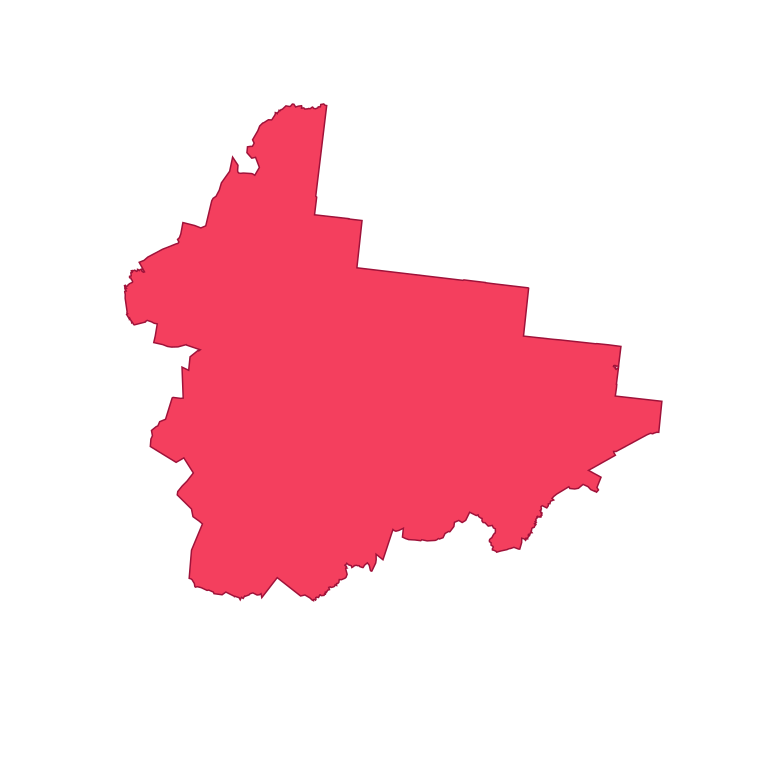 the district of Alsungas pag., Alsungas, Latvia, rotated 107°
{"feature_id": "27541924B56000157761411", "entity_name": "Alsungas pag.", "entity_type": "district", "adm_level": 2, "iso_a3": "LVA", "parent_name": "Latvia", "parent_adm1": "Alsungas", "projection": "mercator", "projection_center": [21.563, 56.984], "detail": "fine", "context": "isolated", "style": "filled", "palette": "rose", "viewbox_px": 768, "rotation_deg": 107, "n_neighbors": 0, "source": "geoboundaries", "source_scale": "gbopen_adm2", "svg_char_len": 6159}
<svg xmlns="http://www.w3.org/2000/svg" viewBox="0 0 768 768"><g transform="rotate(107 384 384)"><path d="M380.7,142.3L355.9,117.9L353.3,114.9L353.0,112.4L352.0,111.4L350.4,109.0L349.9,107.1L319.3,113.2L327.9,159.3L319.5,160.6L316.3,161.3L316.3,161.7L299.5,164.6L302.2,166.3L301.6,167.4L300.6,167.4L300.2,169.7L299.3,169.7L298.8,168.8L298.7,168.0L299.2,167.2L298.7,166.6L298.6,165.5L298.0,165.0L278.8,168.4L280.9,180.8L283.2,192.5L283.6,193.1L290.3,228.2L291.9,235.7L297.4,264.6L250.1,273.7L249.9,274.3L256.2,309.0L257.5,316.7L257.3,316.8L259.6,329.6L261.1,338.1L261.8,338.8L280.8,443.9L234.1,452.8L236.5,466.0L236.2,466.0L242.5,499.9L225.0,503.0L224.8,503.2L224.7,503.8L224.3,504.2L134.5,520.2L134.7,521.9L133.8,523.5L135.2,526.2L137.5,525.9L138.2,527.9L139.2,528.0L140.8,529.9L141.0,531.8L140.1,533.1L140.1,533.5L142.3,535.1L142.6,536.8L143.1,537.3L144.2,540.1L143.4,541.4L144.3,543.5L142.6,543.8L142.0,544.2L143.3,547.1L144.9,549.5L142.8,552.0L143.1,553.5L145.9,554.7L146.3,555.8L146.7,559.1L151.1,561.6L151.7,562.7L152.9,563.1L152.9,564.4L154.4,564.3L155.5,565.1L156.7,565.2L156.1,566.5L156.2,567.3L157.3,566.9L158.7,567.0L164.0,568.5L164.4,568.9L165.1,571.8L169.3,575.4L169.9,576.3L173.6,578.3L178.7,578.7L188.9,581.1L191.6,578.6L195.2,579.3L195.8,581.2L197.1,583.9L202.9,582.7L206.7,576.5L204.8,573.1L213.3,566.5L222.2,568.6L221.5,570.9L221.5,572.3L223.4,580.2L224.5,582.8L224.7,584.7L223.9,585.8L222.7,586.4L217.5,587.6L211.3,595.1L225.7,593.8L239.2,598.3L246.8,598.2L253.6,599.5L256.4,601.7L259.1,602.3L284.9,600.7L288.3,604.8L287.8,611.4L288.4,623.5L299.8,622.2L303.8,622.4L306.1,623.7L308.2,621.7L309.9,622.2L310.7,623.7L319.9,635.2L331.7,647.0L335.9,649.6L339.2,653.7L346.8,645.8L347.5,646.7L346.9,648.5L346.4,648.9L345.4,648.5L345.0,649.4L345.9,650.7L347.1,651.2L346.4,652.7L346.4,653.2L347.6,652.9L348.5,653.3L348.7,653.8L348.3,654.3L348.3,655.1L348.0,655.6L349.0,656.9L349.0,657.7L349.6,658.8L349.9,658.7L350.0,657.6L350.4,657.4L350.9,657.5L351.7,658.6L354.2,657.4L354.6,657.4L355.4,658.8L356.3,658.6L356.8,658.1L356.8,656.8L357.9,656.2L358.5,655.1L359.7,654.3L360.3,654.3L362.4,656.6L364.2,657.8L365.3,657.9L366.0,659.2L365.2,660.1L365.8,660.9L367.4,660.0L367.2,659.1L367.8,658.2L368.5,659.0L368.1,659.5L368.3,659.8L369.6,658.9L369.8,658.2L370.4,657.7L370.9,658.7L371.4,659.0L374.1,657.6L377.7,656.6L389.8,650.9L391.3,650.6L391.8,649.7L392.7,650.5L395.5,647.4L395.2,647.0L395.9,646.9L395.7,646.2L396.8,646.1L396.6,645.5L397.6,644.0L398.0,644.0L398.3,643.3L398.5,643.5L399.2,643.2L398.6,642.7L400.4,640.6L400.4,640.0L394.5,630.3L394.1,630.4L392.4,629.1L392.5,624.6L393.1,621.6L392.8,618.4L404.9,616.8L411.7,616.3L411.0,607.1L411.4,602.0L410.8,598.0L408.7,591.8L404.2,584.7L404.5,584.5L405.0,569.7L406.5,570.9L406.5,571.8L414.7,577.4L428.0,574.8L426.9,582.1L456.2,571.9L457.2,574.2L458.5,581.8L459.3,582.5L481.6,582.6L485.6,587.5L490.2,588.0L491.4,589.4L496.4,592.8L501.2,590.3L504.8,590.8L512.1,589.2L519.7,559.9L513.2,553.8L524.8,540.3L534.5,544.0L540.6,547.2L547.1,549.8L550.5,549.3L559.8,531.6L566.7,527.9L569.2,520.5L570.9,516.7L599.2,519.5L626.8,513.5L626.8,511.7L627.2,510.4L630.3,507.0L632.8,505.8L633.4,505.0L632.4,503.2L632.2,499.2L633.1,492.9L632.3,491.3L632.9,486.3L634.2,485.3L632.9,477.2L629.2,474.4L630.8,464.9L631.0,464.8L630.6,464.4L630.7,460.1L632.4,458.4L629.7,458.0L630.2,456.0L627.6,455.3L627.6,454.7L625.1,451.4L623.7,450.7L622.1,448.3L622.9,443.7L622.0,441.6L620.5,440.3L624.0,438.4L600.4,429.5L611.1,401.8L608.9,397.9L610.2,392.4L611.6,389.6L611.8,388.2L611.1,388.5L610.4,387.8L610.7,386.3L609.8,386.1L608.2,386.8L607.5,386.0L607.3,384.2L604.4,383.7L604.2,383.2L604.7,382.5L604.7,381.9L603.7,379.6L602.6,379.3L602.2,378.6L601.8,378.6L601.6,379.2L601.2,378.8L600.3,379.3L599.7,378.5L599.9,378.1L597.7,377.6L596.6,376.0L594.7,377.4L593.7,376.0L594.1,375.2L592.9,373.2L592.0,372.2L590.3,372.0L590.5,370.4L588.7,371.0L588.1,369.8L586.9,369.2L584.1,369.6L583.6,367.5L581.2,364.6L580.0,363.8L576.8,363.6L571.8,366.7L571.4,366.6L570.8,365.6L570.3,366.7L569.4,366.6L569.0,368.1L568.7,368.4L567.7,367.6L566.3,367.2L567.3,365.0L567.3,362.2L568.9,361.1L567.1,359.5L566.4,359.4L565.4,357.3L565.5,356.1L565.0,354.6L565.7,353.8L565.8,351.0L565.6,350.3L562.9,349.6L559.9,347.6L561.7,345.1L566.2,342.5L566.7,341.6L566.4,340.9L557.6,339.6L554.3,340.1L549.1,341.8L552.4,333.6L520.5,332.9L521.2,331.3L521.3,329.6L519.7,327.0L516.3,323.3L525.0,321.6L525.5,318.2L525.6,314.9L524.1,308.8L523.1,303.0L521.9,302.4L521.4,296.9L518.6,289.3L517.6,288.0L515.9,286.8L516.0,285.6L513.7,282.6L509.1,281.9L506.2,279.2L506.1,277.9L505.8,277.7L499.9,275.5L495.7,276.2L492.6,272.6L493.6,268.8L493.5,268.6L490.5,266.0L481.6,264.6L482.8,257.3L481.6,255.8L483.0,254.9L483.9,252.4L483.9,250.9L486.3,250.3L487.5,248.7L487.1,246.8L489.4,242.8L487.6,239.1L489.6,237.3L489.9,235.2L492.9,234.2L494.2,234.2L494.5,234.7L496.1,235.3L499.7,236.0L499.8,236.3L501.7,237.5L502.8,237.5L504.0,237.0L504.4,235.3L506.9,234.4L507.3,232.6L508.0,231.8L510.0,232.2L511.0,231.8L510.9,230.6L511.2,228.1L511.9,227.1L509.6,223.6L506.4,217.9L505.1,216.5L504.3,214.9L502.2,212.0L502.5,207.1L502.2,205.9L495.4,206.0L491.2,207.2L491.1,204.7L492.1,202.9L491.0,202.7L490.1,203.3L489.9,203.0L490.2,201.6L490.1,201.3L489.1,201.7L487.0,200.9L486.5,201.8L485.6,201.9L485.3,201.5L485.8,200.5L483.5,200.4L482.9,199.0L481.8,200.4L480.7,200.1L478.9,200.4L477.9,199.8L477.9,199.4L477.0,198.4L475.8,198.4L473.9,197.6L473.5,197.9L473.9,198.9L473.7,199.3L471.7,198.0L471.4,199.2L470.6,198.7L469.9,198.7L469.5,199.2L468.2,199.0L467.9,198.6L467.3,198.8L466.9,198.4L466.0,198.9L465.5,198.3L466.0,197.5L465.9,196.8L465.4,196.4L465.6,196.0L465.4,195.1L465.1,194.9L464.0,195.4L463.1,194.6L462.3,195.5L461.2,195.1L460.9,195.7L461.1,196.4L459.9,196.9L459.6,197.6L459.0,197.0L458.7,197.3L457.5,196.9L455.5,198.0L454.1,197.1L454.9,192.1L452.4,191.3L450.5,191.8L450.0,190.3L447.4,190.5L445.3,187.8L444.3,189.9L441.9,188.8L438.7,186.6L428.2,177.2L429.6,175.7L428.6,170.9L426.9,167.6L421.8,164.3L422.5,158.9L424.5,155.5L425.1,150.9L424.7,150.9L425.3,149.1L422.6,147.9L420.7,150.1L409.7,149.2L406.8,163.2L384.5,141.9L382.5,144.1L381.4,144.7L380.7,142.3Z" fill="#f43f5e" stroke="#9f1239" stroke-width="1.5"/></g></svg>